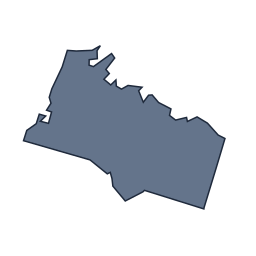 outline of Murray, Georgia, United States of America, rotated 107°
{"feature_id": "52423323B12443829653432", "entity_name": "Murray", "entity_type": "district", "adm_level": 2, "iso_a3": "USA", "parent_name": "United States of America", "parent_adm1": "Georgia", "projection": "orthographic", "projection_center": [-84.798, 34.786], "detail": "fine", "context": "isolated", "style": "filled", "palette": "slate", "viewbox_px": 256, "rotation_deg": 107, "n_neighbors": 0, "source": "geoboundaries", "source_scale": "gbopen_adm2", "svg_char_len": 880}
<svg xmlns="http://www.w3.org/2000/svg" viewBox="0 0 256 256"><g transform="rotate(107 128 128)"><path d="M69.5,200.0L71.5,208.7L88.8,208.8L112.9,212.3L121.7,212.3L126.8,208.9L134.8,211.1L135.0,205.8L146.8,205.4L147.2,213.8L140.6,210.2L140.7,216.9L150.7,217.0L159.9,224.1L170.7,224.2L169.6,155.0L177.9,134.4L175.6,132.0L181.1,128.5L188.0,125.5L198.6,109.3L184.5,94.9L182.8,94.1L183.2,31.8L181.9,32.0L142.0,32.0L140.6,32.0L123.2,32.1L110.6,32.2L110.2,32.2L109.7,32.2L108.4,39.7L100.1,53.5L97.2,65.2L104.4,73.1L100.8,75.1L106.5,84.8L103.8,92.0L97.2,92.5L94.7,106.2L89.3,114.6L90.6,117.9L98.9,120.9L89.3,128.7L84.9,126.5L87.3,140.4L92.7,145.6L91.4,151.4L85.6,153.6L91.9,157.1L88.4,165.3L81.4,161.8L78.5,166.3L65.0,161.2L61.6,165.5L79.4,179.0L79.3,183.6L74.0,185.1L70.7,177.6L63.1,180.2L57.4,178.5L64.2,185.0L69.5,200.0Z" fill="#64748b" stroke="#1e293b" stroke-width="1.5"/></g></svg>